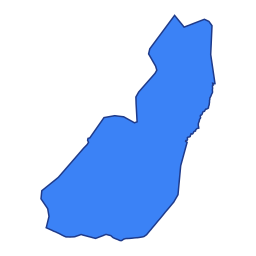 Ansongo, Gao, Mali
{"feature_id": "8926073B56917716124995", "entity_name": "Ansongo", "entity_type": "district", "adm_level": 2, "iso_a3": "MLI", "parent_name": "Mali", "parent_adm1": "Gao", "projection": "equal_earth", "projection_center": [1.009, 15.923], "detail": "fine", "context": "isolated", "style": "filled", "palette": "blue", "viewbox_px": 256, "rotation_deg": 0, "n_neighbors": 0, "source": "geoboundaries", "source_scale": "gbopen_adm2", "svg_char_len": 2732}
<svg xmlns="http://www.w3.org/2000/svg" viewBox="0 0 256 256"><path d="M174.6,15.4L149.8,48.8L148.6,53.9L155.6,66.1L156.8,70.2L155.0,73.4L138.7,92.0L135.9,97.0L136.1,103.9L137.1,121.8L134.5,122.8L123.7,116.8L114.7,115.7L104.0,117.6L89.8,137.9L88.0,138.4L87.6,140.3L88.5,142.3L87.3,144.4L85.3,146.5L83.8,148.0L58.3,177.4L41.8,190.7L41.0,198.8L47.7,208.7L49.0,216.4L46.3,227.5L46.2,227.7L47.5,228.3L48.4,228.7L49.7,229.3L50.6,229.7L52.0,230.3L52.9,230.8L54.2,231.4L55.2,231.7L57.5,232.8L58.7,233.3L59.8,233.9L60.2,234.1L61.0,234.5L61.6,234.9L63.7,235.9L64.2,236.2L65.6,236.7L65.9,236.9L67.3,236.9L67.8,236.9L69.7,237.0L72.2,236.9L74.1,236.8L74.9,236.7L76.5,236.1L76.9,236.0L78.9,235.3L80.8,234.6L81.1,234.5L82.2,234.8L83.0,235.1L85.0,235.6L88.3,236.5L89.9,236.9L91.5,237.3L92.8,237.7L94.5,238.1L95.5,238.4L96.6,238.0L97.5,237.7L98.2,237.4L103.3,235.5L103.9,235.2L106.0,234.4L106.9,234.6L108.0,234.9L108.7,235.1L110.5,235.5L110.9,235.7L111.5,236.2L112.8,237.4L113.4,237.8L113.9,238.0L115.7,238.8L118.2,239.7L118.7,240.0L119.9,240.5L120.4,240.6L121.1,240.6L121.6,240.6L122.2,240.2L123.2,239.5L123.6,239.2L125.2,238.7L125.7,238.6L126.6,238.5L127.7,238.5L129.7,238.4L132.7,238.1L134.3,237.9L136.5,237.7L137.4,237.7L139.0,237.5L141.3,237.1L142.1,237.0L143.7,236.6L144.0,236.5L144.6,236.1L145.4,235.5L146.0,235.1L146.5,234.8L146.9,234.3L147.8,233.2L150.2,230.3L150.7,229.8L152.3,227.8L152.8,227.2L155.1,224.5L157.7,221.3L160.2,218.4L163.0,215.0L165.3,212.1L167.8,209.2L170.3,206.2L172.8,203.2L173.1,202.9L173.4,202.4L173.6,202.3L178.0,194.7L180.7,165.7L187.1,142.3L185.6,141.4L185.6,141.2L185.7,140.8L185.9,140.5L186.4,140.4L187.0,140.3L187.4,139.9L187.5,139.6L187.5,139.3L187.4,138.7L187.4,137.5L187.7,137.3L188.2,137.1L189.0,137.0L189.5,136.9L190.2,136.5L190.2,136.2L190.3,135.5L190.7,134.9L191.0,134.4L191.1,133.7L191.3,133.7L191.7,133.8L192.2,134.0L192.7,133.8L192.9,133.5L193.3,132.8L193.9,131.6L194.7,131.1L195.1,131.2L195.4,131.1L195.6,130.8L195.6,130.3L195.7,129.8L196.3,129.2L197.1,128.5L197.9,128.2L198.7,128.2L198.7,127.4L198.6,126.7L198.3,125.9L198.4,124.9L198.3,124.4L198.4,123.3L199.2,121.2L199.4,120.2L199.5,119.4L200.3,118.4L200.6,117.8L200.4,116.8L200.3,115.8L200.6,115.2L201.3,115.1L201.9,114.5L202.3,113.7L202.6,112.4L203.3,111.6L204.5,111.3L205.0,110.2L205.8,109.1L206.5,109.1L208.1,108.3L208.4,107.9L208.5,107.8L208.4,107.1L209.0,105.2L209.2,104.8L209.2,104.1L209.5,102.3L209.5,100.5L209.8,99.5L209.8,98.8L209.9,97.9L210.8,96.3L211.3,95.0L211.8,93.7L212.4,92.8L212.5,92.1L212.5,90.9L212.3,89.9L212.6,88.8L212.5,87.1L212.4,85.9L212.8,85.4L213.3,85.0L212.7,84.1L212.6,83.2L214.9,83.8L215.0,83.7L210.7,54.5L212.0,25.7L208.9,21.4L204.4,19.3L184.1,27.1L174.6,15.4Z" fill="#3b82f6" stroke="#1e3a8a" stroke-width="1.5"/></svg>